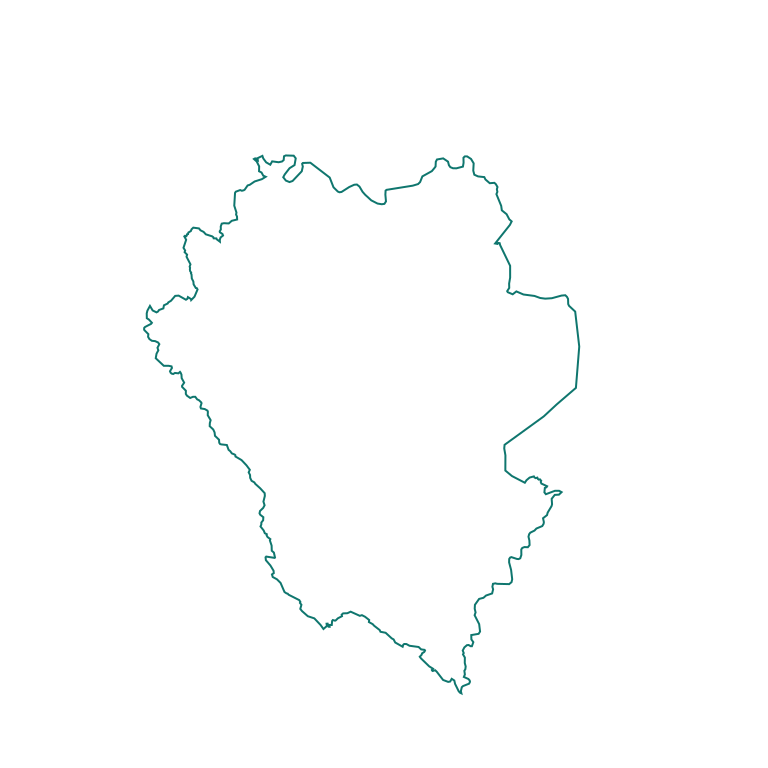 Cuetzalan del Progreso, Puebla, Mexico (Robinson projection), rotated 307°
{"feature_id": "50627088B27452602729857", "entity_name": "Cuetzalan del Progreso", "entity_type": "district", "adm_level": 2, "iso_a3": "MEX", "parent_name": "Mexico", "parent_adm1": "Puebla", "projection": "robinson", "projection_center": [-97.512, 20.027], "detail": "fine", "context": "isolated", "style": "outline", "palette": "teal", "viewbox_px": 768, "rotation_deg": 307, "n_neighbors": 0, "source": "geoboundaries", "source_scale": "gbopen_adm2", "svg_char_len": 6166}
<svg xmlns="http://www.w3.org/2000/svg" viewBox="0 0 768 768"><g transform="rotate(307 384 384)"><path d="M162.9,411.3L163.6,416.0L162.9,421.1L158.0,429.7L158.1,432.1L158.6,433.3L158.3,434.6L160.4,446.4L159.6,448.4L158.6,448.6L158.0,450.9L154.0,452.5L153.3,455.2L152.7,462.9L154.9,469.4L153.4,478.3L151.9,483.1L156.4,484.0L158.0,482.4L158.7,483.2L156.8,485.8L157.4,486.7L158.8,485.5L160.1,487.3L163.5,485.2L164.7,485.2L165.5,487.3L166.1,487.7L169.2,488.2L173.3,490.2L174.3,489.0L176.2,489.4L178.9,492.7L182.1,494.4L184.3,504.2L186.1,505.5L186.7,508.9L186.6,514.2L184.8,515.2L185.4,519.5L185.0,521.6L184.9,528.6L184.0,530.3L186.3,535.0L185.5,543.3L185.8,545.4L184.3,548.5L185.4,557.0L187.3,556.3L188.5,556.6L189.8,558.4L190.3,561.9L194.8,569.9L194.4,573.4L196.1,576.4L195.8,577.2L194.2,577.4L191.8,576.5L190.4,577.0L187.7,576.7L187.1,578.8L185.7,590.0L186.1,594.5L184.4,594.3L184.1,594.9L184.1,595.6L186.2,597.1L186.0,599.1L183.2,609.3L184.7,614.5L186.2,615.9L189.3,615.5L189.5,618.6L187.3,621.2L183.6,628.5L183.2,630.4L183.5,632.0L185.0,630.2L188.7,628.6L190.3,628.9L195.9,632.3L197.9,631.9L198.8,630.8L199.2,628.9L198.1,624.1L200.7,623.4L203.3,620.8L205.2,620.6L207.6,619.2L209.8,616.4L214.2,613.2L215.6,609.8L217.1,609.6L218.5,607.3L222.0,606.7L225.3,607.4L226.5,608.7L226.7,610.9L227.5,612.0L231.6,610.7L232.6,607.5L236.0,604.8L241.4,609.9L244.1,609.7L249.5,604.5L253.9,595.5L256.7,594.6L259.1,591.7L262.4,589.5L269.6,589.3L273.1,592.1L276.5,592.8L281.8,596.4L285.7,594.7L287.3,592.6L290.0,591.3L291.8,592.9L292.5,594.6L299.5,604.4L302.5,605.1L305.2,603.9L312.0,597.4L316.8,591.3L319.6,589.3L321.3,589.2L322.4,589.9L324.3,595.5L325.2,596.9L326.8,597.7L330.1,596.6L334.5,593.2L336.3,593.1L338.3,594.3L340.2,597.1L343.0,597.2L346.5,594.3L349.0,591.3L351.4,590.3L353.3,590.3L357.5,592.4L360.3,592.7L365.8,595.9L368.4,595.6L369.9,594.8L372.5,591.8L377.4,593.1L379.8,592.1L387.3,591.3L389.1,590.6L393.2,587.0L398.2,587.1L400.9,590.3L404.5,590.9L404.1,588.1L401.6,584.8L393.4,579.6L394.0,577.3L397.8,575.0L399.3,575.9L400.5,575.8L399.2,569.6L400.1,568.1L401.3,567.8L401.7,565.9L400.8,565.2L400.8,564.0L401.5,562.8L400.1,561.8L399.9,560.4L400.4,559.3L396.9,556.6L392.9,555.7L389.9,555.9L387.5,541.6L387.9,533.0L400.1,523.9L404.9,518.8L408.0,516.9L454.3,531.1L471.6,534.2L496.4,539.6L531.4,517.4L556.9,493.1L557.8,484.7L558.7,483.0L562.7,479.8L563.7,477.7L564.0,475.4L561.5,472.6L553.5,466.4L549.2,461.4L546.7,457.0L544.9,451.2L539.4,441.5L537.6,434.0L533.1,432.8L531.8,427.6L532.3,426.5L536.1,426.2L539.5,423.5L544.9,420.7L554.3,413.6L564.8,393.2L566.1,391.6L565.4,390.3L564.2,390.4L563.1,388.2L586.8,388.8L590.7,388.1L590.9,385.0L593.4,379.7L593.6,373.6L596.8,370.4L603.3,359.5L605.7,358.9L607.5,356.9L609.6,356.1L610.9,353.1L611.1,351.1L608.0,347.6L608.4,341.9L609.6,339.6L606.4,334.2L605.5,330.2L608.1,326.9L614.2,322.8L616.1,318.1L615.8,313.4L614.3,311.5L612.5,311.3L608.6,314.4L605.1,316.2L599.8,312.0L597.8,309.2L597.1,306.5L597.8,304.2L600.1,301.3L599.8,295.5L595.2,291.2L592.7,291.6L588.7,294.3L586.6,294.3L582.8,294.1L572.9,289.7L567.0,291.3L564.2,290.9L559.7,287.6L540.6,269.2L539.4,268.9L536.1,271.1L531.0,275.7L528.1,275.9L526.2,274.0L524.2,270.2L523.0,263.3L523.8,255.1L524.6,251.2L526.9,245.6L527.0,242.3L525.2,240.3L520.4,237.7L511.8,234.5L510.3,233.0L509.9,231.3L510.7,225.3L516.2,216.4L516.4,192.0L511.7,186.2L510.6,186.1L508.8,188.3L504.4,190.3L491.1,188.8L488.4,187.0L487.4,183.2L488.5,179.1L491.6,178.6L499.5,178.7L505.0,180.8L511.1,177.7L512.0,174.5L507.4,168.0L505.7,167.1L502.5,169.1L500.4,168.7L497.7,166.4L494.5,160.7L490.7,161.2L490.1,156.5L491.5,151.8L493.0,149.6L488.2,147.1L486.9,148.4L487.0,145.8L486.2,145.0L485.4,144.7L485.1,148.4L482.7,153.3L478.7,156.2L479.2,158.9L477.7,162.2L478.3,164.8L474.1,163.2L467.9,158.8L462.3,156.9L460.5,155.6L455.3,155.8L454.3,155.4L452.8,154.2L452.3,152.4L448.4,149.9L447.0,150.0L436.3,157.1L432.1,163.0L430.3,163.9L429.3,165.8L427.0,167.7L422.7,164.2L418.8,163.4L416.1,159.4L414.4,157.9L411.6,158.8L409.2,160.7L407.1,160.9L406.4,161.6L406.6,164.7L405.7,166.1L402.7,165.3L400.3,166.1L398.9,167.3L398.9,163.4L399.4,162.5L397.8,160.3L398.5,159.4L398.5,157.9L396.3,151.6L396.9,148.4L396.3,144.9L396.9,142.6L394.1,137.6L391.7,137.2L389.9,137.7L387.2,136.6L385.8,137.3L385.0,136.6L383.8,137.2L382.8,137.0L382.6,135.9L381.7,135.7L380.1,139.2L372.1,141.9L370.9,144.9L369.3,145.4L368.8,148.9L366.8,149.7L363.1,157.4L360.7,158.2L360.1,159.2L358.7,160.0L357.5,161.2L356.9,163.0L356.2,163.2L355.6,164.4L352.6,167.0L351.1,170.1L349.0,172.0L347.4,175.9L347.9,176.8L347.3,178.2L339.7,180.1L335.0,179.5L335.7,178.7L335.4,175.1L333.7,175.7L332.1,175.1L331.0,166.8L328.7,164.2L322.3,163.8L319.3,162.6L318.1,162.8L314.4,160.9L311.6,162.3L307.7,159.8L305.9,159.9L304.3,159.2L303.5,155.0L305.5,150.1L300.2,150.9L297.6,152.0L293.8,155.0L294.0,157.4L293.2,161.8L291.9,161.8L285.9,158.9L284.6,158.7L283.4,159.4L282.8,160.2L282.0,165.8L279.7,167.2L278.7,169.6L278.8,172.6L280.5,175.4L281.2,178.6L280.6,180.6L276.6,181.3L275.1,183.5L271.3,184.1L267.2,186.2L266.0,197.2L269.0,201.2L270.2,203.7L269.2,205.0L265.4,205.4L264.6,206.8L264.5,208.1L265.1,209.6L267.0,210.4L268.8,213.4L270.9,213.8L270.7,214.6L269.6,216.6L266.9,218.9L264.8,223.6L261.0,223.8L260.2,224.5L259.4,229.8L256.8,231.7L256.1,233.6L256.2,237.6L258.9,239.2L260.2,241.0L259.3,244.0L259.7,246.0L259.3,249.1L258.9,249.8L255.2,251.2L254.3,252.5L256.1,255.9L256.5,259.0L255.9,260.0L253.0,262.0L250.8,267.3L248.0,268.4L245.4,270.2L244.9,275.0L243.4,277.8L240.9,280.2L240.2,285.8L237.9,287.8L237.4,289.3L237.9,290.5L240.7,295.2L237.9,299.5L237.8,301.7L237.0,304.2L237.8,307.2L237.7,308.1L236.7,309.0L237.5,316.0L236.3,323.1L234.7,328.5L232.0,329.1L230.7,331.8L228.5,333.6L227.0,336.5L227.4,339.7L226.8,341.2L226.2,347.9L225.0,354.4L222.9,356.2L217.5,358.5L215.3,361.6L212.3,362.1L208.0,361.4L205.8,362.4L205.1,363.8L205.0,367.8L202.4,369.5L199.6,369.4L197.9,370.6L195.9,371.1L194.6,376.1L193.1,378.6L193.5,380.8L192.5,381.3L191.7,383.1L191.7,386.6L190.4,387.0L187.3,391.5L183.3,394.7L183.1,397.5L179.8,401.4L179.3,401.3L175.3,393.8L174.3,393.7L172.2,395.7L170.7,402.5L168.4,408.2L166.6,409.8L164.5,409.1L162.9,411.3Z" fill="none" stroke="#0f766e" stroke-width="2"/></g></svg>